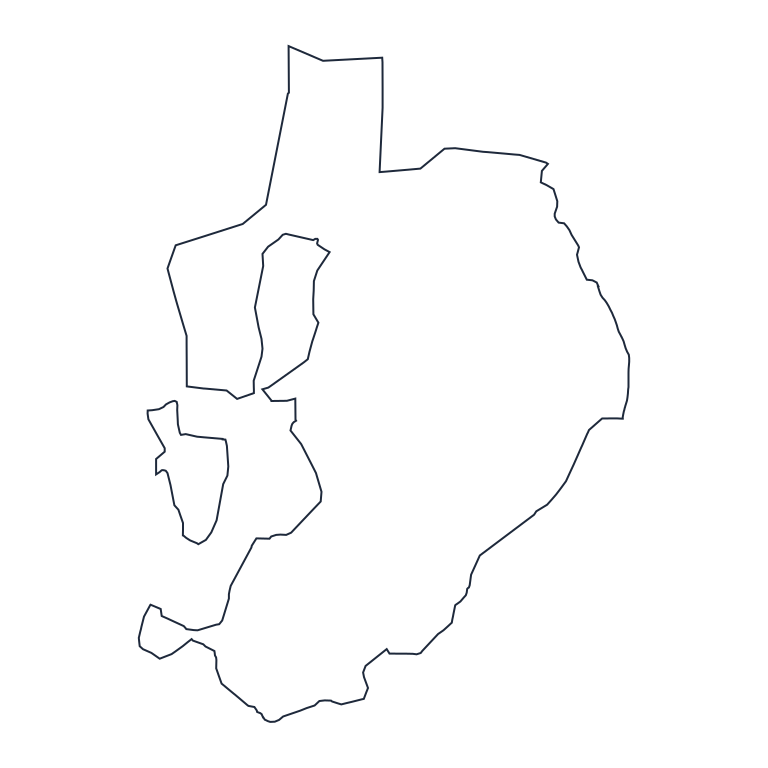 the district of Hobeish, Ibb, Yemen
{"feature_id": "15242507B62921910319151", "entity_name": "Hobeish", "entity_type": "district", "adm_level": 2, "iso_a3": "YEM", "parent_name": "Yemen", "parent_adm1": "Ibb", "projection": "albers", "projection_center": [44.071, 14.118], "detail": "fine", "context": "isolated", "style": "outline", "palette": "slate", "viewbox_px": 768, "rotation_deg": 0, "n_neighbors": 0, "source": "geoboundaries", "source_scale": "gbopen_adm2", "svg_char_len": 5316}
<svg xmlns="http://www.w3.org/2000/svg" viewBox="0 0 768 768"><path d="M288.6,46.1L288.9,92.7L287.9,93.6L266.0,204.8L242.7,224.0L239.5,225.0L203.8,236.4L175.7,245.3L170.7,259.4L167.5,268.5L168.8,273.5L172.9,288.8L173.5,291.1L176.0,300.1L177.2,304.3L180.4,315.1L183.5,325.6L186.6,335.9L186.6,344.5L186.7,360.6L186.8,386.4L203.5,388.5L205.3,388.6L213.3,389.3L226.6,390.5L237.1,398.9L253.9,393.1L253.9,389.9L253.8,386.9L253.7,380.7L259.3,363.5L261.5,356.7L262.5,348.7L261.5,338.9L258.6,327.3L254.9,307.5L255.5,304.5L263.2,266.0L262.5,253.9L268.1,246.7L278.4,239.5L282.7,234.8L285.9,233.8L289.1,234.6L313.2,240.1L315.2,238.9L317.4,238.9L318.0,239.9L317.5,241.8L317.1,243.4L317.7,244.8L324.4,249.3L329.6,252.1L317.3,270.5L313.9,281.1L313.7,290.6L313.2,299.2L313.4,314.3L318.4,322.7L316.7,327.8L316.0,330.1L315.1,332.9L313.1,339.0L312.3,341.3L309.5,351.7L307.8,359.2L303.9,362.3L270.2,386.3L268.3,387.6L262.4,389.3L271.3,400.4L271.4,401.0L286.9,400.8L295.3,398.6L295.5,419.6L296.1,420.7L293.7,422.2L292.4,423.7L291.6,425.6L290.5,430.5L301.2,444.1L305.6,452.7L311.9,465.0L316.0,473.1L316.8,475.9L321.5,491.8L320.7,501.5L314.3,508.2L303.4,519.7L294.5,529.1L291.5,532.3L291.1,532.7L286.2,534.9L280.6,534.6L280.4,534.6L276.2,534.9L271.2,536.5L269.5,538.7L257.2,538.4L256.4,538.4L252.3,544.9L251.8,545.6L251.4,547.5L230.7,585.9L229.6,590.5L228.9,594.2L228.9,597.4L228.9,598.6L223.8,615.3L222.2,620.5L219.2,624.2L216.1,624.7L197.6,630.3L193.8,630.1L186.3,629.1L185.8,628.4L183.8,626.1L181.0,624.8L173.6,621.4L167.6,618.6L161.7,616.0L160.7,609.0L150.5,604.7L150.4,604.8L144.0,616.6L141.4,626.9L141.0,628.9L140.2,631.9L138.9,637.5L138.8,637.8L139.2,641.8L139.7,646.2L143.0,649.2L151.4,652.9L159.7,658.7L165.9,656.3L171.6,654.1L175.2,651.6L182.7,646.2L184.8,644.5L187.5,642.3L191.6,639.1L192.9,640.6L203.3,644.3L205.5,646.5L214.4,651.0L214.7,652.9L214.9,654.8L215.0,655.5L216.1,657.4L216.4,660.0L216.2,668.4L216.5,669.2L217.2,671.2L218.7,675.5L221.6,683.6L232.2,692.4L232.7,692.8L233.4,693.4L235.3,694.9L236.7,696.1L238.5,697.6L247.1,704.9L248.4,705.9L252.2,706.6L254.4,707.0L256.8,710.5L257.1,711.9L258.0,712.3L260.2,713.1L261.6,714.1L263.0,717.3L263.2,717.2L264.1,718.6L264.7,719.6L264.8,719.6L267.8,721.1L270.2,721.9L274.8,721.7L279.1,719.9L283.1,716.5L300.1,710.7L301.1,710.3L306.6,708.1L314.6,705.5L315.7,704.5L319.4,701.0L319.6,701.0L324.7,700.4L331.0,700.6L332.1,701.5L338.0,703.4L341.3,704.4L346.5,703.1L351.6,701.9L361.9,699.3L363.8,698.9L365.2,695.2L366.6,691.5L367.2,690.1L367.5,689.2L368.0,688.0L364.0,677.1L363.1,672.5L365.6,665.9L366.0,665.6L386.7,649.1L389.5,653.6L407.1,653.7L412.0,653.8L412.6,653.8L416.6,654.3L420.7,653.0L422.4,650.8L438.1,634.0L440.0,632.7L443.3,630.4L443.9,629.9L448.1,626.1L451.0,623.4L451.8,622.7L452.3,619.6L453.0,616.4L453.5,613.7L455.2,605.3L455.7,604.8L457.2,603.8L460.4,601.5L463.8,597.5L465.8,595.3L466.7,592.7L467.2,588.9L467.9,588.1L468.9,587.5L469.7,585.2L471.1,574.7L475.6,564.8L479.8,555.5L534.1,514.7L536.3,511.3L547.3,504.6L547.4,504.4L551.0,500.4L556.1,494.5L559.4,490.2L562.5,486.0L566.0,481.2L569.8,472.9L573.7,464.5L577.6,455.7L579.0,452.5L581.3,447.3L582.1,445.6L587.4,433.4L587.7,433.0L589.0,430.0L602.1,418.5L611.6,418.4L617.0,418.4L622.6,418.7L622.8,418.7L622.8,418.3L622.7,417.4L623.2,414.5L623.9,411.1L624.2,410.3L624.8,407.7L625.0,407.3L625.3,406.0L626.0,403.8L627.0,400.5L627.5,397.2L627.9,393.7L628.1,390.4L628.2,389.1L628.5,387.1L628.5,383.7L628.5,379.8L628.5,377.7L628.5,376.0L628.5,372.9L628.5,372.6L628.6,368.9L628.9,365.5L629.2,361.8L629.2,358.0L628.8,354.7L627.1,351.7L626.6,350.5L625.7,348.4L624.6,344.8L623.6,341.3L622.2,338.2L621.7,337.3L621.7,337.1L621.4,336.7L620.6,335.1L619.2,332.5L618.8,331.8L617.7,328.5L616.9,325.4L615.8,322.2L614.7,319.1L613.3,316.0L612.0,312.8L610.4,309.8L609.0,306.9L608.7,306.3L606.7,302.9L604.8,300.2L602.5,297.7L600.6,294.7L599.5,291.5L598.5,288.3L597.9,286.4L598.4,286.3L596.7,282.5L596.0,282.2L595.5,281.9L592.6,280.4L592.4,280.3L586.8,279.7L582.4,270.9L582.3,270.6L580.6,267.4L578.5,261.8L577.0,254.7L577.6,252.6L579.0,247.3L578.2,245.5L571.6,234.9L569.4,230.1L566.8,226.4L564.1,223.3L558.6,222.6L555.9,219.4L554.7,216.4L554.7,213.7L557.1,206.7L557.3,201.2L555.4,195.1L553.5,189.1L546.4,185.0L540.8,182.4L541.9,170.9L547.9,163.9L546.0,162.6L519.5,154.9L514.3,154.5L504.5,153.6L487.5,152.1L483.1,151.8L466.8,149.7L455.2,148.2L444.5,148.7L420.4,168.6L409.3,169.6L384.9,171.7L379.6,172.1L379.6,171.9L382.6,107.8L382.6,106.7L382.6,101.2L382.6,88.2L382.5,62.3L382.2,57.7L323.0,60.8L288.6,46.1ZM179.8,432.8L177.9,424.3L177.7,419.5L177.2,410.0L177.4,405.2L176.7,401.9L174.7,400.9L172.8,401.2L169.6,402.4L166.0,404.4L163.5,407.0L158.9,409.2L152.2,410.2L147.7,410.5L147.6,413.6L148.4,419.3L157.1,434.8L164.7,448.2L164.7,449.1L164.7,451.7L156.1,459.0L156.1,461.2L156.1,461.4L156.1,474.4L159.6,472.1L161.6,470.3L162.8,470.1L164.6,470.4L165.8,470.8L167.5,473.1L170.5,485.1L174.0,503.3L174.4,505.3L178.4,509.7L180.3,515.3L183.0,523.0L183.0,526.7L183.0,527.3L183.0,529.9L182.9,534.1L182.9,535.1L182.9,535.3L183.1,535.3L186.2,537.9L190.1,540.4L194.2,542.1L196.9,543.2L198.3,544.2L205.9,539.9L211.3,532.4L216.6,520.3L223.2,484.1L227.4,475.6L228.3,466.5L226.9,445.9L225.9,441.4L225.4,439.6L222.6,439.4L222.6,438.9L203.8,437.3L199.5,436.9L197.1,436.7L185.7,434.1L181.0,434.9L179.8,432.8Z" fill="none" stroke="#1e293b" stroke-width="2"/></svg>